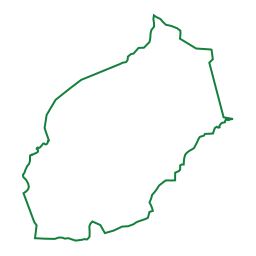 San Juan Yaeé, Oaxaca, Mexico
{"feature_id": "50627088B32639948648088", "entity_name": "San Juan Yaeé", "entity_type": "district", "adm_level": 2, "iso_a3": "MEX", "parent_name": "Mexico", "parent_adm1": "Oaxaca", "projection": "mercator", "projection_center": [-96.28, 17.445], "detail": "fine", "context": "isolated", "style": "outline", "palette": "green", "viewbox_px": 256, "rotation_deg": 0, "n_neighbors": 0, "source": "geoboundaries", "source_scale": "gbopen_adm2", "svg_char_len": 2150}
<svg xmlns="http://www.w3.org/2000/svg" viewBox="0 0 256 256"><path d="M104.9,233.1L113.9,230.5L122.1,226.6L128.2,226.2L133.6,224.2L135.4,222.9L137.1,221.9L142.2,220.1L145.3,219.1L147.9,217.8L149.5,211.9L152.8,210.9L152.2,208.4L151.0,205.4L149.5,202.4L151.1,198.7L152.1,194.9L154.4,192.3L156.3,189.9L159.1,185.5L165.5,180.5L168.1,180.4L172.1,180.5L175.1,180.3L175.1,176.7L175.2,172.7L177.1,171.8L178.9,171.1L180.1,169.6L180.2,167.3L180.1,165.5L181.5,164.5L183.7,164.5L183.9,161.0L184.3,157.9L185.2,154.8L186.3,153.3L188.9,151.1L191.9,149.4L194.0,148.1L195.9,144.5L196.9,142.6L198.6,138.8L200.0,136.8L203.8,135.7L205.0,133.9L208.0,133.8L213.0,133.5L213.9,130.6L214.9,128.0L216.7,126.8L218.4,127.7L219.6,127.3L219.3,126.0L220.6,124.2L221.9,122.8L224.3,122.5L225.1,122.0L225.0,121.3L225.4,120.4L225.7,119.7L227.1,119.9L228.9,120.0L230.2,119.3L233.0,119.0L223.6,117.3L209.3,62.7L212.8,59.3L211.6,49.9L211.1,49.5L196.1,48.5L180.0,38.7L180.5,33.5L180.3,30.6L178.5,29.4L177.4,28.4L174.1,27.0L170.3,25.7L165.9,24.8L162.8,21.8L160.4,19.0L157.5,17.6L155.5,16.5L153.9,15.4L153.6,17.4L153.4,19.4L154.0,22.9L154.1,26.6L151.4,30.0L150.6,33.4L150.2,38.8L149.5,42.0L143.9,47.7L138.6,47.9L135.8,51.0L133.7,53.5L130.9,54.2L127.9,56.6L127.6,60.0L126.1,62.1L122.7,62.7L120.5,63.8L81.3,79.8L70.2,88.2L55.6,99.8L46.6,115.0L44.6,128.1L48.9,140.6L48.4,141.2L48.0,141.1L47.6,142.8L47.2,143.4L46.6,144.2L46.0,144.4L44.9,144.2L44.2,143.5L43.7,143.5L43.0,143.7L41.4,145.9L40.7,146.5L40.4,147.1L39.5,147.8L38.9,147.7L38.5,147.9L37.4,147.6L37.1,147.9L36.7,148.8L37.9,150.0L38.1,150.8L37.8,151.8L37.0,152.5L35.6,153.3L34.3,153.7L33.5,154.2L32.7,154.4L32.1,154.4L31.8,155.1L30.5,155.2L30.1,155.5L30.0,157.0L30.0,160.8L29.0,164.0L27.1,166.2L25.2,170.4L24.4,172.9L23.0,174.7L23.3,177.1L25.8,179.5L26.8,181.1L28.2,183.8L28.9,187.0L27.9,189.6L25.9,191.6L23.5,193.2L34.3,222.2L36.6,225.3L35.0,238.2L45.1,238.7L54.8,238.9L59.0,237.5L62.5,237.7L64.7,238.6L68.4,238.2L72.5,239.6L75.8,240.6L81.8,239.8L84.4,239.1L86.8,239.5L88.6,238.0L89.6,236.4L89.6,234.8L89.6,230.5L89.4,228.1L89.4,226.2L90.5,223.6L92.4,221.5L100.3,225.0L104.9,233.1Z" fill="none" stroke="#15803d" stroke-width="2"/></svg>